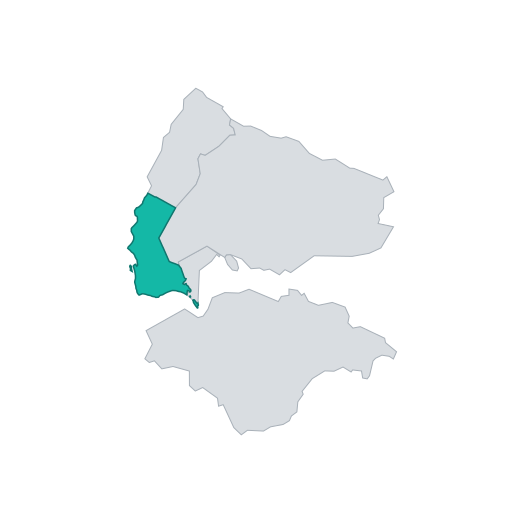 Oman highlighted among its neighbors, rotated 140°
{"feature_id": "OMN", "entity_name": "Oman", "entity_type": "country or territory", "adm_level": 0, "iso_a3": "OMN", "parent_name": "Asia", "parent_adm1": "", "projection": "robinson", "projection_center": [56.004, 21.502], "detail": "fine", "context": "with_neighbors", "style": "filled", "palette": "teal", "viewbox_px": 512, "rotation_deg": 140, "n_neighbors": 5, "source": "natural_earth", "source_scale": "50m", "svg_char_len": 5469}
<svg xmlns="http://www.w3.org/2000/svg" viewBox="0 0 512 512"><g transform="rotate(140 256 256)"><path d="M282.9,279.7L284.8,279.1L285.1,282.5L293.5,280.6L308.7,281.3L330.6,257.4L332.6,261.6L334.1,271.4L328.7,271.4L327.8,279.4L329.7,281.2L324.9,283.6L324.8,288.7L319.3,301.4L287.2,295.1L282.9,279.7Z" fill="#d9dde1" stroke="#a8b0b8" stroke-width="1"/><path d="M274.7,273.5L274.1,264.5L277.1,258.0L280.0,256.7L283.1,260.5L283.2,267.8L280.9,275.0L277.9,275.9L274.7,273.5Z" fill="#d9dde1" stroke="#a8b0b8" stroke-width="1"/><path d="M252.0,209.5L246.3,203.0L246.4,196.5L243.1,196.5L245.0,187.5L239.9,178.1L227.4,171.4L220.6,159.6L223.3,150.0L228.6,145.7L228.1,138.5L221.5,134.8L210.3,110.3L212.5,106.4L209.9,92.3L217.0,88.8L218.4,93.5L223.3,99.1L230.1,100.8L233.8,100.4L246.0,91.3L249.8,90.4L252.7,94.0L249.1,100.1L255.2,106.6L257.7,106.0L260.7,115.0L270.3,117.6L277.2,123.8L291.7,125.9L307.7,122.7L308.7,119.8L317.7,117.4L324.9,110.3L331.7,110.7L336.2,108.4L343.4,109.5L354.7,115.8L362.8,117.1L374.6,128.0L382.2,128.5L383.3,138.8L376.7,163.2L381.2,165.0L376.9,171.8L381.4,189.5L389.3,191.6L390.3,199.5L381.0,210.7L390.6,224.7L400.7,230.1L401.2,241.0L406.2,243.0L407.2,248.7L392.1,255.1L388.2,269.5L344.7,261.3L340.1,246.1L335.1,243.9L327.0,246.1L316.3,252.1L303.4,248.0L292.8,238.5L282.7,235.0L268.2,206.8L262.6,208.8L256.0,204.7L252.0,209.5Z" fill="#d9dde1" stroke="#a8b0b8" stroke-width="1"/><path d="M286.9,344.6L298.7,373.6L290.9,376.9L288.5,386.6L260.4,397.6L250.7,406.3L242.7,406.3L236.3,411.4L217.5,415.1L210.6,422.4L194.3,423.2L191.5,416.0L191.9,409.2L185.2,391.4L187.3,390.8L187.3,377.3L192.1,373.4L191.1,368.2L194.1,362.1L198.4,365.3L213.8,363.9L230.3,365.8L232.9,369.9L238.0,367.8L245.8,354.9L255.9,349.3L286.9,344.6Z" fill="#d9dde1" stroke="#a8b0b8" stroke-width="1"/><path d="M109.0,216.6L120.6,218.6L128.0,210.3L136.1,208.6L138.0,204.5L141.6,202.4L131.9,190.0L155.1,181.9L167.5,185.3L182.6,193.9L211.3,218.8L240.1,221.0L242.6,226.9L250.1,226.5L254.0,237.2L259.2,240.0L260.9,244.4L268.0,249.5L268.8,262.9L274.7,273.5L277.9,275.9L280.9,275.0L287.2,295.1L319.3,301.4L321.4,298.7L326.3,307.5L319.2,332.2L286.9,344.6L255.9,349.3L245.8,354.9L238.0,367.8L232.9,369.9L230.3,365.8L213.8,363.9L198.4,365.3L194.1,362.1L191.1,368.2L192.1,373.4L187.3,377.3L182.1,363.4L176.6,359.0L171.1,348.6L168.3,338.6L161.0,330.1L156.3,328.0L149.5,316.2L149.2,300.3L143.5,286.6L132.9,279.3L127.7,263.0L124.7,260.2L110.0,232.6L104.8,232.6L109.0,216.6Z" fill="#d9dde1" stroke="#a8b0b8" stroke-width="1"/><path d="M298.5,373.6L297.8,372.0L297.2,370.4L296.5,368.7L295.9,367.1L295.4,366.0L294.7,365.6L294.2,364.4L293.7,363.1L293.3,361.9L292.8,360.7L292.3,359.4L291.8,358.2L291.4,357.0L290.9,355.7L290.4,354.5L290.0,353.3L289.5,352.0L289.0,350.8L288.6,349.6L288.1,348.3L287.6,347.1L287.1,345.8L286.7,344.6L288.2,344.0L290.0,343.3L291.9,342.6L293.7,341.9L295.6,341.2L297.4,340.5L299.3,339.8L301.1,339.1L303.0,338.4L304.8,337.7L306.7,336.9L308.5,336.2L310.4,335.5L312.2,334.8L314.1,334.1L315.9,333.4L317.8,332.7L318.9,332.3L319.4,330.6L319.8,329.2L320.2,327.9L320.6,326.5L321.0,325.1L321.4,323.8L321.7,322.4L322.1,321.0L322.5,319.7L322.9,318.3L323.3,316.9L323.7,315.6L324.1,314.2L324.5,312.8L324.9,311.5L325.3,310.1L325.7,308.7L326.0,307.5L325.4,306.3L324.5,304.6L323.5,303.0L322.6,301.4L322.0,300.2L321.2,298.8L321.3,297.0L321.3,296.1L321.3,294.7L322.1,292.8L323.0,290.4L323.6,288.7L324.2,287.3L324.6,286.2L324.9,285.0L324.8,284.2L324.5,283.9L324.2,283.5L325.1,282.9L326.6,282.5L327.5,282.6L328.7,282.3L329.7,282.0L329.8,281.6L329.5,281.0L329.1,280.1L327.7,280.0L327.3,279.8L327.8,278.5L327.8,278.0L327.6,277.5L327.4,276.7L327.5,275.6L327.8,274.9L327.8,274.3L327.7,273.1L327.7,272.1L328.0,271.5L328.5,271.0L329.0,270.8L329.5,270.8L329.9,271.0L330.0,271.6L329.9,272.0L329.7,272.0L330.0,272.9L330.6,273.7L331.0,273.5L331.5,273.0L332.0,272.5L332.7,272.1L333.2,271.3L333.6,270.8L334.0,270.7L335.1,273.9L336.7,277.0L338.1,278.6L339.6,280.9L341.8,283.0L342.9,283.7L347.0,285.2L349.3,285.8L352.4,286.3L354.6,287.4L355.4,287.5L356.5,287.2L357.3,287.2L359.4,288.7L360.0,290.2L360.9,291.0L361.7,292.2L362.2,293.5L363.9,295.5L365.2,297.7L366.5,299.3L367.6,300.3L369.3,300.7L370.7,301.2L370.8,302.3L370.7,303.7L370.4,304.8L369.2,306.8L368.9,308.1L367.5,310.2L365.9,313.7L365.2,314.5L362.7,316.3L360.9,318.5L358.7,322.2L357.0,326.0L356.4,327.2L355.0,327.4L354.1,327.3L353.5,327.0L353.8,325.9L353.9,324.8L353.1,324.9L352.4,325.2L350.7,328.0L349.8,329.2L349.6,330.8L349.2,332.8L348.5,334.6L348.3,336.2L348.3,337.1L348.8,339.2L348.8,341.4L349.1,342.8L349.3,344.4L348.5,344.8L347.9,345.1L345.2,345.3L342.5,345.8L340.2,346.7L338.7,347.6L336.9,349.7L335.8,354.9L334.0,357.1L332.8,357.5L329.8,357.7L325.7,358.3L324.3,358.9L321.9,362.0L321.7,363.0L322.1,363.8L322.3,364.6L322.1,365.3L321.0,367.3L319.8,368.8L316.6,369.7L315.5,369.2L314.4,368.9L312.4,368.9L309.1,369.2L307.8,370.3L305.9,371.1L304.1,372.2L300.7,372.7L298.5,373.6ZM333.0,262.4L332.8,262.7L332.5,262.7L331.8,262.5L331.4,261.9L331.5,261.2L331.5,259.9L331.7,258.7L331.6,257.5L331.1,257.2L330.7,257.3L331.6,255.5L332.0,255.2L332.3,255.4L333.1,255.2L333.5,254.2L333.9,253.7L334.2,253.7L334.4,254.0L334.3,255.5L334.3,256.7L333.8,260.5L333.4,261.1L333.1,261.7L333.0,262.4ZM359.0,329.5L358.4,329.7L358.2,329.6L358.2,328.0L359.7,326.1L360.8,323.8L361.5,325.8L360.2,327.0L359.6,328.9L359.0,329.5ZM332.9,267.5L332.4,267.8L332.1,267.8L332.2,267.1L332.4,266.7L332.8,266.7L332.9,267.0L332.9,267.5Z" fill="#14b8a6" stroke="#0f766e" stroke-width="1.5"/></g></svg>